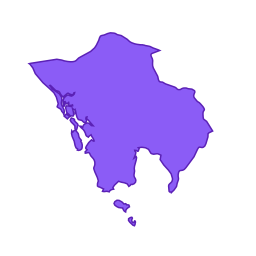 an SVG outline of Kaôh Kong, rotated 347°
{"feature_id": "KHM-1779", "entity_name": "Kaôh Kong", "entity_type": "Province", "adm_level": 1, "iso_a3": "KHM", "parent_name": "Cambodia", "parent_adm1": "", "projection": "orthographic", "projection_center": [103.349, 11.344], "detail": "fine", "context": "isolated", "style": "filled", "palette": "violet", "viewbox_px": 256, "rotation_deg": 347, "n_neighbors": 0, "source": "natural_earth", "source_scale": "10m", "svg_char_len": 5694}
<svg xmlns="http://www.w3.org/2000/svg" viewBox="0 0 256 256"><g transform="rotate(347 128 128)"><path d="M63.7,91.4L65.5,88.6L65.1,81.7L63.7,76.9L60.3,71.8L55.3,64.7L49.9,54.2L48.8,48.1L46.9,43.9L46.2,43.1L48.0,43.1L74.1,45.0L78.7,46.9L81.1,48.3L84.1,49.6L87.1,50.6L89.3,51.0L91.3,51.0L92.6,50.6L95.7,48.7L97.7,48.1L108.8,45.0L113.5,42.4L115.8,40.2L119.2,36.0L120.7,33.5L121.8,32.3L122.8,32.0L125.9,32.0L129.2,31.4L132.2,31.3L135.4,32.3L136.3,32.7L137.1,33.2L138.4,34.5L139.1,34.9L142.0,36.3L142.3,36.5L147.1,41.3L149.0,44.1L150.0,45.1L151.0,45.9L153.5,47.5L155.4,48.4L158.8,49.7L160.8,50.2L162.8,51.1L163.1,51.4L166.8,53.0L167.9,53.6L170.5,55.7L175.0,58.6L176.3,59.6L167.9,60.8L167.4,61.1L167.2,61.2L167.0,61.5L166.8,61.9L166.7,62.7L166.8,63.6L166.9,64.5L167.2,65.4L167.3,66.5L167.2,68.0L166.5,70.4L166.2,71.8L166.0,73.1L166.2,75.4L168.5,84.0L168.6,85.2L168.5,87.3L168.6,88.3L168.8,89.1L169.1,89.7L169.5,90.1L169.9,90.4L171.1,90.8L172.0,91.1L174.4,93.4L182.8,98.7L183.9,99.8L184.8,101.3L185.3,101.7L185.7,101.9L187.3,102.3L187.9,102.2L189.1,101.8L190.1,101.6L191.5,101.6L193.6,102.1L195.6,103.3L199.0,104.5L201.2,106.6L201.3,107.3L201.2,108.1L199.9,110.0L199.2,111.5L199.2,112.5L199.4,113.5L201.2,117.1L201.6,117.8L203.2,119.4L204.2,121.0L205.8,124.0L206.4,125.7L206.6,126.9L206.4,127.5L206.0,128.0L205.1,128.9L204.6,129.8L204.2,131.2L203.7,134.0L203.6,135.3L203.6,136.1L204.0,136.8L204.3,137.1L205.3,138.3L206.1,139.2L209.8,150.0L205.8,150.9L205.3,151.2L204.7,151.6L203.9,154.6L203.8,154.8L200.4,160.8L198.7,162.9L198.1,163.2L196.9,163.7L195.9,163.7L195.0,163.4L194.2,163.0L193.3,162.7L192.7,162.8L192.1,163.2L191.0,164.3L185.8,170.9L175.6,179.6L173.7,180.9L172.8,181.2L172.0,181.4L171.4,181.4L168.9,181.2L168.1,181.7L167.4,182.5L166.5,184.4L166.2,185.5L166.0,186.3L165.9,187.9L165.8,188.8L165.6,189.3L165.3,190.0L163.5,192.9L162.7,194.6L162.5,195.1L162.3,195.6L161.7,196.3L158.9,198.8L155.7,200.7L155.7,200.2L154.2,199.7L153.8,198.9L154.5,193.7L154.9,192.7L155.8,191.9L157.2,191.1L158.7,190.1L159.7,188.4L160.0,187.0L159.7,182.3L157.9,178.1L154.5,172.0L152.2,166.0L154.0,161.9L151.7,160.1L150.6,159.6L147.1,159.3L145.6,158.6L144.6,157.7L143.2,153.4L140.6,151.2L137.2,149.9L133.6,149.5L133.8,149.9L133.9,150.0L134.0,150.1L134.4,150.3L132.8,152.8L132.0,152.8L131.4,152.0L131.0,151.7L129.5,151.2L129.5,152.0L130.2,153.4L129.5,155.2L127.1,158.7L129.5,157.6L129.7,158.8L128.8,161.0L125.8,166.6L125.0,168.8L124.7,171.5L123.4,174.7L123.1,176.1L123.2,177.3L123.8,179.2L123.9,180.6L123.2,182.4L121.6,183.6L119.7,184.0L118.2,183.6L117.7,184.1L117.1,184.5L115.7,185.1L114.7,182.3L112.2,180.6L109.3,179.3L106.8,177.8L101.9,180.7L99.9,182.6L100.3,184.4L98.6,184.3L97.2,184.6L96.1,185.1L95.4,186.0L93.1,184.9L90.3,184.6L88.9,184.0L90.5,181.9L86.8,179.0L85.9,178.6L85.2,177.6L85.7,175.5L86.7,173.6L87.2,173.1L87.0,169.4L85.8,163.2L85.5,159.9L85.9,158.7L86.8,157.5L87.6,155.8L88.0,153.6L87.8,151.6L87.3,150.1L85.6,147.0L85.3,146.1L85.1,145.1L84.9,144.1L84.4,143.3L83.6,143.0L81.3,143.0L80.7,142.9L80.9,141.5L82.3,140.7L83.3,139.9L82.3,138.7L82.3,137.9L83.2,136.5L86.4,133.4L89.8,131.3L91.3,133.0L92.1,133.0L91.9,131.1L90.8,128.0L90.5,126.3L88.8,127.0L88.0,127.4L87.3,128.0L85.8,126.5L85.3,125.1L85.3,123.6L84.8,121.3L84.1,119.5L82.3,117.0L81.5,115.4L82.5,115.7L82.9,115.8L83.0,116.1L83.2,117.2L84.0,117.2L84.7,115.8L85.9,114.8L87.5,114.1L89.3,113.9L90.9,114.5L92.8,117.4L94.6,118.0L90.8,110.9L89.7,109.7L90.3,108.4L90.5,108.0L89.7,108.0L89.4,108.5L88.9,109.7L89.4,110.7L89.2,111.8L88.4,112.7L87.3,113.0L86.1,112.4L84.7,110.2L81.5,108.6L80.7,106.0L80.6,103.0L80.7,100.6L79.9,101.4L80.3,98.9L80.7,98.0L79.6,98.0L79.1,97.6L78.3,96.3L78.4,100.5L78.1,102.4L77.5,103.9L76.7,103.9L75.4,103.4L73.7,103.8L72.1,104.7L71.0,105.5L68.5,102.1L71.0,100.5L71.6,101.3L73.4,103.0L74.3,103.0L73.8,101.8L72.5,100.2L71.8,98.9L71.8,93.9L73.2,92.6L74.8,93.2L76.8,94.1L79.1,93.9L79.1,93.0L77.6,93.2L76.4,92.8L75.5,92.2L75.0,91.4L75.0,90.6L75.9,90.6L75.9,89.7L74.7,90.3L74.3,90.6L73.4,90.6L73.2,89.7L72.7,88.1L71.8,88.1L71.8,90.6L71.0,89.7L71.0,92.3L70.2,92.3L70.4,88.9L71.1,86.4L72.3,84.5L74.3,83.1L75.5,82.6L76.5,82.3L77.5,82.6L78.7,83.5L80.2,84.2L81.8,83.8L83.3,82.8L84.0,81.5L83.3,81.5L82.2,83.0L80.6,82.9L78.8,81.8L77.5,80.6L76.7,80.6L71.8,83.1L71.2,82.4L70.3,80.8L69.7,79.1L69.4,77.7L68.7,76.7L66.0,75.2L62.0,69.0L61.3,69.0L63.0,73.0L68.8,79.2L70.2,83.1L70.0,85.1L68.6,88.7L68.5,90.5L69.8,95.7L69.6,97.9L68.5,100.5L68.3,99.0L67.2,96.8L66.9,95.1L66.5,94.3L64.4,92.3L63.7,91.4ZM78.3,126.3L78.8,127.6L79.4,128.7L79.7,129.5L79.0,130.4L79.6,132.1L79.6,134.3L79.0,136.5L78.3,137.9L76.6,138.7L74.8,138.7L73.6,138.1L74.2,137.0L72.9,135.7L72.5,133.2L72.6,128.7L71.7,123.6L71.7,120.6L72.6,118.0L72.8,118.5L73.1,119.1L73.3,119.6L74.7,118.5L75.8,118.4L76.8,119.1L78.2,122.1L78.3,123.4L78.2,124.7L78.3,126.3ZM109.1,202.2L109.7,202.7L110.7,202.8L111.6,203.4L111.7,205.1L110.1,205.7L108.7,206.4L107.5,207.5L106.8,209.3L105.8,208.4L105.2,207.0L104.9,205.7L104.7,205.1L104.8,204.8L101.0,203.4L99.2,201.9L97.8,200.2L97.4,198.4L98.6,196.8L101.0,195.9L103.0,196.5L104.6,197.9L106.0,199.3L106.2,199.7L106.5,200.6L106.8,201.0L107.5,201.2L108.2,201.1L108.9,201.3L109.1,202.2ZM77.5,108.8L78.1,110.0L79.4,112.0L79.9,113.0L79.9,113.9L79.4,114.7L78.0,117.3L77.5,118.0L76.3,117.9L76.2,116.7L76.7,113.9L75.6,111.9L74.1,109.6L73.4,107.4L75.0,105.5L77.0,106.7L77.5,107.2L77.8,107.8L77.7,108.4L77.6,108.8L77.5,108.8ZM113.5,220.0L113.8,220.1L114.1,220.5L114.1,221.4L113.6,222.4L113.1,223.7L112.3,224.7L111.0,223.9L108.5,220.1L107.7,218.2L108.2,216.5L109.8,215.9L111.1,215.7L111.8,216.0L112.0,216.8L110.9,218.5L110.8,219.0L110.8,219.6L111.0,220.6L111.6,221.2L112.4,221.2L113.2,220.5L113.5,220.0Z" fill="#8b5cf6" stroke="#5b21b6" stroke-width="1.5"/></g></svg>